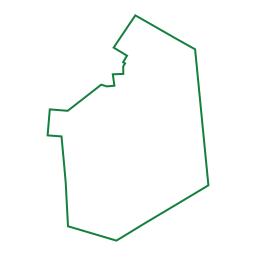 Lewis, New York, United States of America (Equal Earth projection)
{"feature_id": "52423323B86796072613442", "entity_name": "Lewis", "entity_type": "district", "adm_level": 2, "iso_a3": "USA", "parent_name": "United States of America", "parent_adm1": "New York", "projection": "equal_earth", "projection_center": [-75.532, 43.819], "detail": "fine", "context": "isolated", "style": "outline", "palette": "green", "viewbox_px": 256, "rotation_deg": 0, "n_neighbors": 0, "source": "geoboundaries", "source_scale": "gbopen_adm2", "svg_char_len": 428}
<svg xmlns="http://www.w3.org/2000/svg" viewBox="0 0 256 256"><path d="M135.3,15.4L116.4,43.5L113.7,47.6L127.0,55.7L123.1,62.2L125.1,63.4L123.2,66.4L123.3,73.9L112.8,74.3L114.4,85.7L106.9,86.4L101.2,84.7L67.7,110.8L49.8,109.4L47.6,135.4L61.5,136.4L64.1,164.5L65.7,182.5L68.0,226.3L116.4,240.6L147.1,221.9L183.4,200.3L208.4,185.3L195.1,49.3L175.4,38.3L142.4,19.4L135.3,15.4Z" fill="none" stroke="#15803d" stroke-width="2"/></svg>